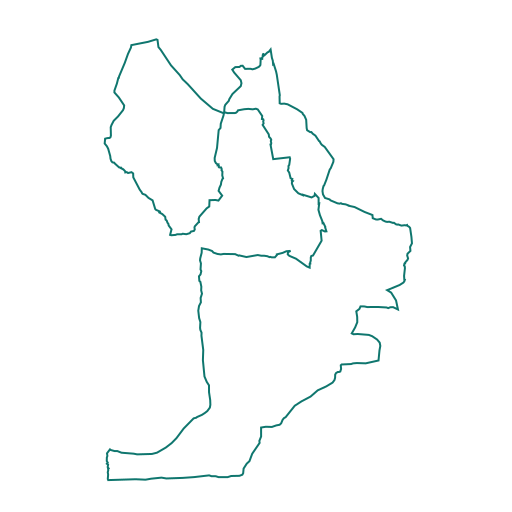 Arusha, Arusha, United Republic of Tanzania (orthographic projection), rotated 178°
{"feature_id": "72390352B32479700182608", "entity_name": "Arusha", "entity_type": "district", "adm_level": 2, "iso_a3": "TZA", "parent_name": "United Republic of Tanzania", "parent_adm1": "Arusha", "projection": "orthographic", "projection_center": [36.712, -3.359], "detail": "fine", "context": "isolated", "style": "outline", "palette": "teal", "viewbox_px": 512, "rotation_deg": 178, "n_neighbors": 0, "source": "geoboundaries", "source_scale": "gbopen_adm2", "svg_char_len": 6090}
<svg xmlns="http://www.w3.org/2000/svg" viewBox="0 0 512 512"><g transform="rotate(178 256 256)"><path d="M153.3,202.0L149.4,201.8L146.7,201.1L136.0,200.8L127.3,200.0L125.7,199.3L123.6,200.1L120.8,200.1L116.0,197.6L117.6,206.7L122.2,214.7L126.1,217.3L113.5,222.0L109.6,224.3L108.6,225.6L108.1,227.0L108.6,227.1L108.7,231.0L107.6,238.6L107.7,240.5L108.4,241.3L107.9,243.2L107.2,243.4L107.2,244.2L104.7,246.9L104.1,248.3L104.9,251.2L104.5,253.0L101.5,255.7L101.7,259.6L99.7,263.2L100.0,269.6L101.0,278.6L101.9,279.8L103.9,281.1L104.0,281.7L105.0,281.3L106.2,281.6L109.6,281.3L112.9,282.6L113.7,282.4L115.0,282.8L117.0,284.4L118.0,284.3L121.6,285.6L123.8,285.5L125.4,285.9L127.9,287.2L129.7,288.8L133.0,288.2L134.8,288.3L138.0,289.7L138.2,292.9L145.9,296.2L155.8,301.5L161.7,303.0L161.7,303.3L164.7,304.5L168.2,305.1L169.3,305.8L170.5,305.4L172.7,305.8L179.6,309.0L180.5,310.0L185.0,311.6L186.9,315.2L187.3,318.5L187.0,320.5L186.1,323.6L185.5,324.1L183.0,329.8L179.3,339.8L178.2,341.2L175.4,347.4L175.1,350.0L183.5,362.6L186.3,364.8L187.3,366.1L188.4,368.4L189.0,368.7L192.4,374.2L195.1,376.3L196.3,377.9L197.5,377.9L200.5,379.9L200.9,382.0L201.1,390.4L202.7,394.4L204.2,396.2L204.6,397.4L209.8,401.2L219.1,406.5L222.5,407.3L225.6,407.2L227.0,407.8L226.9,414.6L226.6,415.9L228.9,436.4L229.5,439.7L231.6,447.3L232.2,446.9L232.4,450.6L233.2,453.5L234.2,461.9L236.2,459.5L237.3,459.2L240.3,456.5L241.5,457.6L241.9,457.5L242.3,456.4L241.5,455.7L242.8,454.4L242.9,452.8L243.4,452.8L243.6,453.4L244.7,453.3L244.5,451.9L244.9,447.2L245.1,446.4L246.6,444.9L250.3,443.3L253.0,442.7L255.0,443.3L260.4,443.4L262.7,446.6L264.5,446.6L265.9,445.5L270.1,445.5L273.2,443.1L271.5,440.2L265.1,432.2L264.5,429.2L265.3,426.3L273.9,418.7L277.2,413.7L277.8,412.0L281.4,408.2L282.2,406.3L282.9,399.9L281.6,400.5L279.5,399.8L272.1,399.6L271.1,399.8L269.6,401.0L268.9,402.2L262.7,403.1L258.6,403.3L254.1,402.7L251.0,403.2L249.1,402.4L244.9,395.7L245.3,392.7L244.0,392.4L243.7,391.3L244.1,390.2L243.8,388.2L244.8,386.8L239.0,377.1L238.8,374.7L237.2,372.8L236.7,371.5L237.2,370.4L236.8,368.3L237.2,366.8L237.6,366.8L235.4,352.2L218.9,353.5L218.5,352.0L219.6,345.9L220.4,344.8L220.4,342.6L221.2,340.4L219.9,338.2L218.7,332.5L217.0,331.7L217.6,330.2L216.5,329.6L217.5,328.6L217.6,327.1L215.6,321.6L211.5,317.2L207.0,315.1L207.0,315.6L198.4,312.6L195.4,314.1L195.0,316.0L191.4,311.8L191.6,306.0L191.0,306.2L192.0,300.0L190.7,294.6L188.6,288.8L188.3,286.4L187.5,286.7L185.7,282.6L185.9,282.2L184.8,278.2L186.3,278.1L189.3,279.6L190.5,278.9L189.9,269.0L199.0,254.5L200.7,254.1L201.3,252.6L201.4,249.6L202.2,247.1L202.0,246.5L202.6,246.3L202.8,242.5L205.6,243.8L216.1,251.9L222.7,255.0L224.2,256.5L223.9,258.6L221.3,259.9L225.5,259.7L229.2,258.2L235.1,256.9L235.0,256.3L237.2,254.0L240.3,254.1L241.7,254.6L242.5,254.4L244.7,255.4L247.9,256.0L250.8,256.1L254.2,256.9L265.6,255.3L272.8,257.2L273.4,256.9L276.8,258.6L288.3,259.2L291.1,258.8L294.5,259.4L298.4,260.9L299.7,262.5L303.4,264.1L309.9,265.6L310.2,261.1L311.8,255.7L312.1,253.6L311.3,250.5L311.9,244.5L311.2,242.8L312.1,239.5L313.7,237.7L313.5,233.1L312.5,232.1L311.7,227.2L312.0,223.6L311.3,220.2L312.8,216.0L312.7,211.6L314.7,208.0L315.6,203.4L315.0,195.9L313.9,191.9L314.4,186.1L314.2,184.1L313.1,181.3L313.3,178.2L312.0,163.9L312.7,153.8L311.7,137.4L309.6,131.9L307.5,128.4L307.7,121.5L306.8,113.6L306.8,108.9L307.4,106.1L310.1,102.7L312.6,100.9L315.6,99.1L320.6,97.1L321.3,96.5L324.0,95.9L334.3,86.1L341.8,76.8L346.7,72.1L352.8,67.7L361.8,62.9L366.9,61.8L381.7,61.9L385.1,62.7L397.3,64.1L401.4,65.9L404.2,66.0L408.3,67.3L408.7,67.8L411.8,64.0L411.5,61.4L412.1,59.8L412.3,56.3L411.4,54.7L412.3,53.6L411.1,52.7L411.6,50.2L410.7,48.9L411.3,48.5L411.1,47.3L411.7,45.0L411.4,42.7L411.9,38.4L411.5,37.2L384.1,37.1L374.2,36.3L368.6,37.1L358.2,37.8L353.3,36.8L336.9,36.8L325.5,37.2L310.5,38.4L308.2,37.5L303.9,37.3L301.1,36.3L292.0,36.0L288.5,37.0L280.2,36.9L277.3,37.9L276.4,39.4L275.8,44.0L272.5,48.8L269.7,51.2L266.7,58.5L258.9,69.1L259.1,71.1L257.2,75.4L256.9,84.4L252.1,85.0L246.1,84.6L241.6,86.0L238.3,86.5L236.7,87.9L235.1,91.4L233.7,93.0L232.0,93.9L222.5,105.0L215.5,109.2L206.4,113.6L199.0,119.6L190.4,123.2L183.9,126.8L181.9,129.3L181.2,131.6L181.0,134.7L180.1,136.2L178.4,137.2L177.0,137.2L175.8,137.6L174.9,140.2L175.1,143.8L174.2,144.6L164.7,144.7L162.8,145.3L159.0,145.5L150.1,144.9L137.2,147.3L135.9,157.3L134.9,161.8L135.4,165.1L137.9,168.3L142.7,171.8L146.0,173.2L157.1,174.5L161.3,174.4L163.0,175.3L159.4,181.2L157.1,186.3L157.0,191.6L157.7,197.2L154.5,199.5L153.3,202.0ZM391.8,424.4L387.6,419.3L382.5,411.1L382.9,408.4L383.8,406.4L389.0,400.3L393.5,396.1L395.8,392.0L396.7,389.8L396.8,381.4L397.3,379.8L398.2,379.1L400.5,379.0L402.7,378.5L403.3,373.7L401.2,370.9L400.0,368.4L398.2,361.0L398.0,358.3L397.2,355.8L396.2,354.6L394.4,354.2L394.0,353.5L389.7,349.3L389.1,349.3L388.2,348.6L387.7,348.9L386.5,347.5L385.7,347.4L383.7,345.1L383.7,344.1L382.2,344.3L381.0,343.4L377.5,344.1L375.9,342.8L375.9,338.9L369.9,326.4L368.0,323.6L367.7,322.8L367.2,322.1L364.4,321.0L361.4,317.8L357.4,315.2L355.1,306.5L354.3,305.6L350.5,303.8L350.4,303.4L351.1,303.3L351.2,302.9L348.2,301.2L345.4,298.4L345.1,295.5L344.0,294.5L343.3,292.3L342.5,291.3L342.2,289.5L339.5,285.6L341.1,280.1L339.9,279.7L335.7,279.9L334.0,280.5L329.7,280.3L328.5,280.8L324.9,280.2L321.4,281.1L320.1,282.7L317.2,283.2L316.3,284.6L316.5,286.8L316.1,287.8L312.3,291.7L311.8,291.8L312.0,295.0L311.2,297.3L303.7,305.3L301.0,307.1L300.5,313.4L294.6,313.4L291.6,312.7L287.7,317.5L291.1,322.4L290.1,325.6L288.6,328.5L288.1,331.3L286.9,334.1L286.2,334.7L286.9,337.7L286.6,341.5L287.5,343.0L287.2,344.0L287.8,345.7L289.7,345.8L290.1,346.2L290.0,347.7L291.1,347.9L290.6,348.9L291.3,348.9L292.9,350.3L293.9,352.5L293.9,355.4L291.2,365.3L288.9,383.1L287.0,385.2L286.6,389.4L283.6,397.5L283.1,399.7L294.0,404.6L305.7,415.3L318.2,430.1L323.1,435.1L325.9,439.5L334.3,449.5L344.0,465.3L346.2,468.2L346.9,475.4L348.1,476.0L356.4,473.8L373.2,471.1L373.7,468.7L376.9,462.4L380.4,453.6L386.6,440.2L386.9,438.8L387.4,438.7L389.0,433.2L391.7,426.3L391.8,424.4Z" fill="none" stroke="#0f766e" stroke-width="2"/></g></svg>